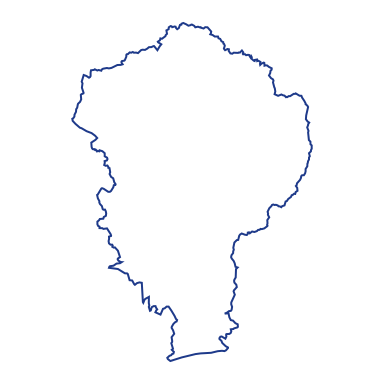 Amboasary-Atsimo, Anosy, Madagascar (Mercator projection)
{"feature_id": "10022922B61088153240222", "entity_name": "Amboasary-Atsimo", "entity_type": "district", "adm_level": 2, "iso_a3": "MDG", "parent_name": "Madagascar", "parent_adm1": "Anosy", "projection": "mercator", "projection_center": [46.389, -24.509], "detail": "fine", "context": "isolated", "style": "outline", "palette": "blue", "viewbox_px": 384, "rotation_deg": 0, "n_neighbors": 0, "source": "geoboundaries", "source_scale": "gbopen_adm2", "svg_char_len": 5889}
<svg xmlns="http://www.w3.org/2000/svg" viewBox="0 0 384 384"><path d="M200.7,27.2L200.2,27.5L198.0,26.7L195.3,27.3L194.3,25.9L192.0,24.6L191.3,24.6L190.7,25.1L188.4,25.7L186.2,24.3L183.3,23.0L181.5,23.7L181.3,24.7L180.0,24.9L178.8,28.1L177.2,29.2L176.1,28.1L175.6,26.7L174.6,26.5L172.2,27.2L171.6,26.3L170.6,26.1L168.8,27.3L168.6,29.2L166.4,30.4L167.0,33.8L165.7,35.1L165.4,36.2L161.9,38.8L160.4,38.4L159.9,40.3L157.8,41.7L158.1,42.3L161.3,44.3L159.7,46.3L157.4,50.2L154.1,46.1L153.5,46.1L151.4,47.1L148.9,47.2L147.3,48.6L145.0,49.9L142.5,49.7L141.1,50.1L138.0,53.1L136.1,52.6L133.9,52.7L132.8,52.0L131.2,52.7L129.7,52.4L127.9,54.1L126.7,54.3L126.3,55.0L126.3,56.7L124.9,60.0L124.4,60.6L121.9,61.1L121.5,61.6L121.5,62.6L122.6,64.3L120.7,64.9L117.4,65.0L111.5,67.9L108.9,68.4L106.9,68.0L103.1,68.7L101.8,69.5L101.3,70.7L98.6,70.0L97.3,70.5L94.8,69.3L94.0,69.9L91.0,70.3L90.6,72.5L90.6,76.0L90.0,77.1L89.0,77.7L86.5,76.0L83.7,75.0L81.7,81.7L82.5,83.3L81.9,87.7L83.6,92.9L83.4,93.4L81.4,94.2L80.8,94.9L81.2,99.3L80.1,101.8L78.1,103.7L77.8,104.5L77.2,107.7L76.2,109.2L76.0,111.8L74.5,114.7L74.4,116.6L73.2,118.3L72.3,118.8L72.7,120.9L75.5,123.9L79.9,127.7L81.5,128.2L86.6,131.2L91.6,133.1L95.1,135.7L97.2,138.0L95.4,139.9L91.3,142.6L91.6,146.9L92.1,148.4L92.7,149.1L94.2,149.1L94.5,149.7L95.4,149.5L95.6,150.2L96.4,150.2L97.0,151.4L98.0,151.0L99.3,151.3L99.6,150.3L102.4,151.2L104.7,153.2L104.7,156.3L107.1,157.7L107.5,159.1L106.9,160.4L104.6,161.1L104.8,162.9L104.2,165.0L105.7,165.8L107.4,165.5L108.3,166.8L108.3,167.8L109.5,168.1L110.2,172.2L109.6,174.0L111.1,176.9L113.2,178.3L114.3,182.3L115.6,184.2L115.3,185.0L113.8,185.2L113.3,187.3L111.0,191.0L109.9,191.8L108.2,191.8L103.7,188.8L102.0,188.2L101.3,188.6L97.7,194.6L97.1,195.0L97.9,198.4L99.4,201.2L99.3,202.4L99.9,203.9L101.9,206.1L102.7,209.1L103.4,209.7L105.0,209.6L105.8,211.3L106.2,213.4L105.9,215.8L103.8,217.0L103.3,218.7L99.8,219.0L99.0,220.3L97.4,221.6L97.4,224.3L98.1,225.9L99.5,226.6L99.5,228.1L102.3,228.2L103.4,228.9L107.0,228.4L110.6,234.1L111.1,235.5L111.0,236.0L109.0,236.6L109.1,238.8L108.6,241.1L109.0,243.4L110.5,244.7L112.2,244.7L112.7,245.5L112.3,246.8L113.7,247.6L114.9,247.4L117.9,250.7L120.0,257.1L117.8,258.6L117.7,259.5L118.5,260.7L120.7,262.0L121.7,262.1L120.0,263.2L116.5,263.6L113.5,265.7L110.0,266.2L109.4,266.7L109.0,267.8L117.9,269.0L124.9,273.3L127.1,273.4L127.8,274.0L129.6,280.2L132.2,280.5L134.2,284.2L134.9,284.8L137.0,283.1L139.5,282.4L141.8,282.8L142.9,302.1L143.3,302.8L144.5,299.8L145.3,298.9L148.9,296.9L148.8,303.1L149.3,305.4L148.8,306.9L150.0,310.8L150.8,310.4L151.7,307.2L153.7,306.1L155.5,306.1L156.0,307.6L157.2,309.4L156.3,310.3L155.4,312.3L160.5,314.6L163.0,308.8L164.7,308.3L166.6,306.6L168.6,306.6L171.3,310.5L174.5,315.8L176.0,319.0L177.1,320.0L176.6,321.5L175.4,322.0L173.5,323.8L171.8,326.7L171.6,327.8L173.1,330.4L174.2,333.8L171.6,337.2L172.2,341.1L172.1,342.0L171.3,343.2L173.0,348.8L171.8,349.8L173.9,351.9L173.4,353.6L172.0,354.1L171.2,355.2L169.5,355.8L167.3,357.8L167.8,359.0L170.3,361.0L181.8,357.4L195.4,354.1L200.6,353.4L211.1,352.8L217.7,351.2L222.0,350.8L224.5,351.1L226.0,350.3L228.0,348.0L228.0,347.5L225.7,346.2L222.3,343.0L221.4,340.8L219.5,339.1L219.4,338.2L220.4,336.7L221.7,336.5L225.4,338.7L226.4,336.6L226.1,334.8L226.4,334.1L229.4,333.9L230.7,333.0L231.3,331.4L230.8,329.3L233.4,329.0L234.0,328.4L237.4,327.4L237.9,326.8L237.7,324.3L235.4,323.2L233.0,320.6L230.8,320.1L229.4,317.4L228.5,313.3L224.7,313.6L227.2,312.5L229.0,311.1L230.8,310.9L231.6,309.8L232.1,306.9L231.2,304.2L231.3,302.4L234.8,294.7L233.6,291.4L233.9,290.4L236.8,287.1L236.3,284.7L234.4,282.6L234.1,280.9L234.4,279.6L235.7,277.5L236.0,269.1L237.6,267.5L235.5,266.8L234.7,263.3L233.7,261.0L231.7,258.5L231.1,257.1L231.5,255.2L233.1,253.1L233.2,251.3L233.8,249.7L233.3,247.8L234.4,242.5L236.8,240.1L238.2,239.9L239.2,235.8L240.0,234.6L241.7,233.5L244.9,234.7L246.8,235.0L247.8,233.8L247.8,232.6L249.0,232.3L249.8,233.3L252.1,231.5L254.4,232.0L256.9,231.1L258.1,229.9L259.6,229.8L260.5,228.9L261.8,229.1L264.3,228.4L267.2,226.2L267.5,225.8L267.1,224.9L267.5,223.3L267.3,220.1L269.2,217.3L267.9,214.8L268.1,213.5L267.6,211.8L269.3,208.2L271.3,206.2L272.0,205.0L273.2,204.5L274.6,205.0L275.9,204.8L277.7,205.4L278.5,206.3L279.8,206.4L281.3,207.2L282.1,206.2L284.5,205.4L285.6,201.5L286.9,201.0L288.2,199.0L291.0,196.9L291.7,195.2L292.6,195.0L294.1,193.7L295.2,193.9L295.7,192.0L297.5,190.8L297.2,187.8L295.9,186.0L296.6,185.3L297.0,183.3L300.1,179.8L301.0,177.8L301.2,176.2L302.0,175.3L303.9,175.2L305.1,173.3L305.6,171.3L305.6,169.0L307.3,166.3L307.4,163.7L307.8,162.9L308.0,161.3L309.0,159.5L309.0,157.5L309.8,156.2L309.0,153.2L310.9,151.4L311.0,150.1L311.7,148.7L311.7,145.4L310.5,144.3L310.4,141.6L308.9,140.1L308.1,132.4L308.5,130.9L307.2,127.4L308.1,125.1L308.1,124.3L309.2,122.6L307.7,121.6L305.9,119.2L306.2,115.4L308.1,107.0L307.3,105.6L305.6,104.2L305.7,103.6L304.3,100.9L302.1,97.6L301.4,95.8L299.5,95.7L295.7,93.4L295.1,93.9L293.6,93.9L290.2,96.1L288.7,96.1L287.3,97.1L286.6,96.9L286.0,97.2L284.5,95.6L283.0,95.3L281.4,94.5L278.1,95.8L274.6,94.2L275.3,91.5L274.8,88.3L274.3,87.3L273.0,82.4L273.5,80.7L273.0,79.4L271.0,78.1L269.0,75.5L270.2,73.1L270.5,70.8L271.6,69.7L271.7,68.3L268.9,66.9L267.2,65.5L265.7,65.3L264.5,65.7L264.3,62.9L263.8,62.6L261.5,63.6L260.2,64.9L260.0,63.9L260.4,61.9L258.3,60.7L257.2,61.1L257.0,59.5L254.9,59.9L254.6,61.0L253.8,60.7L251.5,58.7L251.8,57.3L251.3,56.3L250.6,57.6L249.6,56.1L249.5,55.1L248.0,54.8L246.1,55.2L245.0,54.2L243.1,54.3L242.8,53.8L243.3,52.4L241.9,50.5L239.9,52.6L238.7,52.5L238.1,52.9L233.7,52.7L232.3,53.7L230.4,53.4L228.7,50.9L228.9,49.3L227.5,49.0L225.1,50.2L224.4,49.4L223.9,48.5L224.8,45.8L224.1,44.0L223.4,43.6L223.2,42.1L221.5,41.3L220.2,38.9L218.5,38.3L218.0,36.5L214.7,36.5L212.6,35.0L210.3,34.3L210.9,33.2L211.2,31.5L207.5,27.3L205.2,27.2L203.6,28.5L201.2,27.8L200.7,27.2Z" fill="none" stroke="#1e3a8a" stroke-width="2"/></svg>